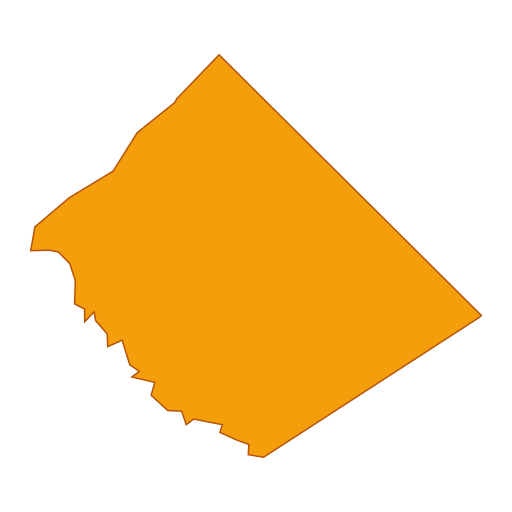 the district of Caldwell, Texas, United States of America
{"feature_id": "52423323B77410024444051", "entity_name": "Caldwell", "entity_type": "district", "adm_level": 2, "iso_a3": "USA", "parent_name": "United States of America", "parent_adm1": "Texas", "projection": "robinson", "projection_center": [-97.731, 29.852], "detail": "fine", "context": "isolated", "style": "filled", "palette": "amber", "viewbox_px": 512, "rotation_deg": 0, "n_neighbors": 0, "source": "geoboundaries", "source_scale": "gbopen_adm2", "svg_char_len": 584}
<svg xmlns="http://www.w3.org/2000/svg" viewBox="0 0 512 512"><path d="M223.6,59.3L219.1,54.8L176.7,98.8L174.9,102.4L137.2,132.7L113.1,171.1L69.4,197.6L34.9,226.9L30.7,250.7L49.2,250.2L58.4,252.0L69.8,263.7L75.3,280.5L74.6,303.9L84.6,309.1L84.7,321.7L94.1,311.9L95.7,320.7L107.1,333.9L107.8,346.6L122.1,340.2L129.8,364.8L139.3,371.4L131.8,377.0L154.9,382.4L151.1,395.2L167.7,410.5L181.6,411.2L186.3,424.7L193.6,419.1L222.4,424.7L219.9,432.4L236.2,439.8L248.8,444.4L248.3,454.7L263.6,457.2L479.7,317.1L481.3,315.4L223.6,59.3Z" fill="#f59e0b" stroke="#b45309" stroke-width="1.5"/></svg>